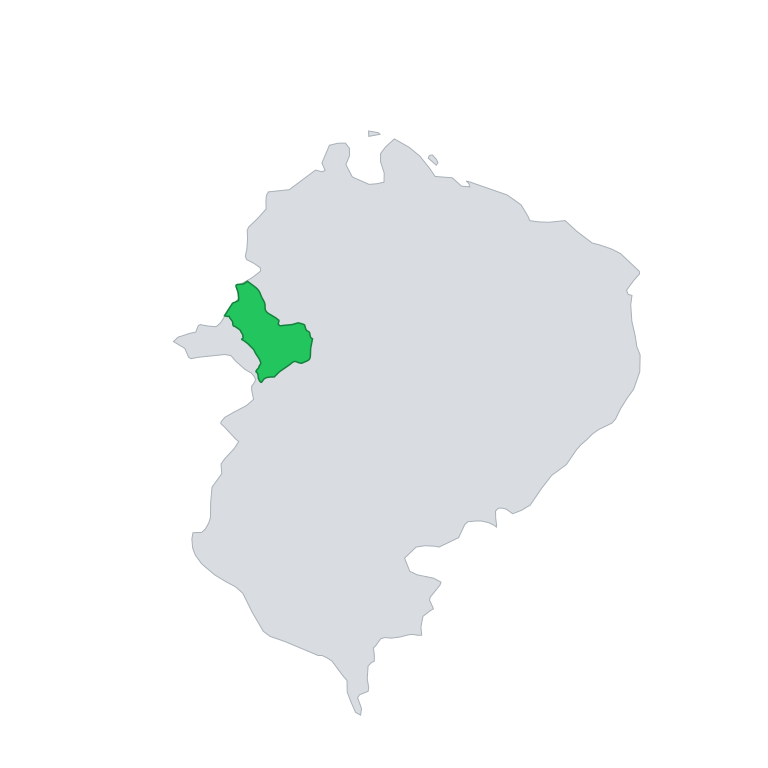 Prey Vêng highlighted on a map of Cambodia, rotated 135°
{"feature_id": "KHM-1790", "entity_name": "Prey Vêng", "entity_type": "Province", "adm_level": 1, "iso_a3": "KHM", "parent_name": "Cambodia", "parent_adm1": "", "projection": "orthographic", "projection_center": [105.494, 11.354], "detail": "fine", "context": "in_parent", "style": "filled", "palette": "green", "viewbox_px": 768, "rotation_deg": 135, "n_neighbors": 0, "source": "natural_earth", "source_scale": "10m", "svg_char_len": 4687}
<svg xmlns="http://www.w3.org/2000/svg" viewBox="0 0 768 768"><g transform="rotate(135 384 384)"><path d="M634.7,166.4L636.3,171.9L632.2,182.5L627.9,192.1L619.8,200.5L619.4,206.6L616.7,225.0L617.9,230.8L619.8,235.8L622.5,238.5L629.8,256.4L636.5,272.7L643.0,286.0L644.2,294.5L638.5,316.1L631.8,335.9L632.4,345.7L635.5,355.6L638.7,368.7L640.1,385.5L638.4,396.4L635.3,403.3L629.4,410.3L624.2,413.9L617.9,408.0L612.9,407.8L606.3,409.6L601.0,412.4L590.4,422.7L578.5,432.7L562.1,435.3L555.8,442.7L548.9,443.8L535.9,444.2L527.4,446.0L527.8,449.7L527.2,467.3L527.4,471.4L526.0,472.5L520.2,473.0L510.2,470.3L496.6,466.0L487.0,465.4L482.1,473.0L479.2,476.0L475.5,476.5L471.7,477.8L470.4,481.3L470.1,485.5L472.0,492.8L472.7,504.4L472.2,512.4L475.7,517.4L496.4,534.2L502.6,538.4L503.3,540.9L499.7,550.0L502.9,562.9L496.4,562.7L485.6,557.2L480.4,553.8L474.2,556.5L472.0,556.0L467.7,549.7L462.2,543.2L456.5,542.8L444.4,545.4L432.1,547.1L427.5,547.1L425.5,548.3L418.4,557.9L415.4,556.2L403.0,552.6L391.6,551.1L389.3,553.6L390.7,561.5L393.2,569.1L391.7,572.4L385.5,576.4L377.2,583.7L372.2,589.3L368.7,590.7L356.1,590.4L343.6,591.1L338.6,596.4L333.9,600.5L329.9,601.6L313.6,588.4L281.2,583.7L277.7,577.8L274.6,576.7L271.6,584.2L253.8,591.4L246.4,586.9L240.9,581.6L241.8,575.1L247.0,569.8L255.8,566.1L260.0,552.8L253.4,535.7L247.5,530.7L241.3,526.7L234.7,533.0L229.2,543.8L223.4,549.4L215.3,550.5L203.4,550.0L198.9,533.8L197.5,519.8L199.3,504.0L201.1,494.6L189.9,481.5L189.3,469.2L183.9,462.7L182.2,465.9L182.4,469.5L180.8,466.9L163.2,430.5L160.4,413.7L163.6,400.8L165.4,396.4L160.3,389.6L153.1,381.8L140.4,371.5L139.7,355.5L137.1,336.5L133.3,330.1L127.6,318.4L124.5,308.7L123.8,283.2L125.4,281.2L134.5,280.6L146.2,278.8L148.0,274.7L146.0,271.3L153.5,265.6L164.4,253.1L172.7,239.9L178.8,231.7L182.4,223.4L194.5,211.8L211.1,203.8L222.3,202.0L234.0,199.3L245.2,195.5L250.5,195.2L264.3,200.0L271.8,201.3L279.7,201.2L287.8,201.8L295.0,201.3L312.0,198.1L330.0,200.8L346.1,198.8L366.1,195.0L375.9,197.4L384.8,201.3L386.0,209.0L388.1,212.6L391.0,215.3L395.0,215.3L400.1,209.9L404.4,204.3L405.7,203.3L406.0,206.1L408.1,212.1L411.9,218.1L415.7,222.0L422.1,227.3L426.3,227.5L439.9,222.6L460.4,229.8L462.8,233.4L469.4,240.7L476.6,246.0L492.6,246.3L498.2,233.3L495.4,225.5L486.3,211.7L483.8,203.6L486.7,202.2L502.1,200.6L504.6,199.0L508.0,190.1L512.2,191.1L520.7,192.2L529.7,186.1L535.0,179.7L537.9,182.6L541.1,187.1L544.6,189.7L551.2,193.5L558.3,198.9L562.8,204.2L566.4,206.2L575.5,204.7L578.0,204.9L583.2,198.4L586.9,194.9L590.1,195.9L594.7,195.8L604.2,187.5L609.6,180.0L612.6,177.9L621.1,181.6L624.5,180.8L629.4,170.4L634.7,166.4ZM193.0,512.3L191.2,513.3L189.6,513.2L187.9,511.7L188.1,505.9L189.4,502.3L192.3,501.7L193.0,512.3ZM219.7,569.9L216.0,573.8L210.3,565.7L210.3,563.4L219.7,569.9Z" fill="#d9dde1" stroke="#a8b0b8" stroke-width="1"/><path d="M468.7,477.2L468.4,477.4L467.1,478.9L466.0,480.7L465.7,482.7L465.9,483.1L465.3,483.6L465.0,483.7L464.6,483.9L464.3,483.9L463.5,484.0L461.7,484.0L461.3,484.1L461.0,484.2L459.9,484.9L457.3,485.4L456.7,485.7L456.3,486.1L455.8,486.7L454.5,490.0L453.2,496.3L452.5,498.5L452.0,499.8L451.9,500.3L451.8,500.9L451.8,509.0L452.5,514.1L452.8,514.8L452.8,515.2L453.1,515.8L452.9,516.3L451.4,516.1L450.7,516.5L450.5,516.8L450.1,517.6L449.3,518.3L449.1,518.5L449.0,518.8L448.4,521.4L448.2,522.3L447.7,523.2L447.7,524.1L447.8,525.4L448.6,529.7L448.9,530.5L449.1,530.7L449.3,531.0L449.4,531.3L449.4,531.8L449.0,532.5L448.8,533.0L448.6,533.3L447.5,534.5L447.3,534.8L447.0,535.5L446.8,536.2L446.4,539.5L446.1,540.2L445.7,541.0L445.7,541.3L446.0,541.6L446.8,542.3L447.7,543.4L448.5,545.1L439.2,547.1L434.2,548.2L433.4,548.1L431.2,547.0L428.4,546.2L427.9,545.9L426.7,546.8L422.6,551.5L419.7,557.6L418.7,558.5L417.2,558.0L413.8,555.0L412.3,554.0L407.9,553.2L406.4,542.8L406.4,539.9L406.9,537.1L409.2,531.6L410.7,526.5L411.9,524.4L415.2,520.9L416.0,518.6L415.9,515.8L413.8,507.6L413.3,503.3L414.2,502.5L416.4,501.3L416.5,499.0L415.6,497.9L414.2,497.0L407.0,491.0L402.0,488.3L401.3,487.7L400.8,487.0L398.9,483.5L398.6,482.8L398.4,481.9L400.5,478.1L400.9,476.5L400.8,476.1L400.5,475.4L400.3,474.5L400.2,473.6L400.3,473.1L400.4,472.7L400.5,472.6L402.3,470.0L402.7,469.3L402.9,468.7L402.9,467.8L402.8,467.5L402.6,466.5L410.5,461.2L414.3,457.7L415.2,456.8L417.0,455.3L418.0,454.7L418.8,454.4L419.9,454.2L421.8,454.6L427.6,456.9L429.2,459.1L430.3,461.9L430.6,462.4L431.1,463.0L431.4,463.2L431.7,463.4L432.9,463.9L433.6,464.0L437.2,464.4L449.4,466.6L456.6,466.6L459.4,469.3L461.8,471.1L462.6,471.6L463.4,471.9L464.2,472.1L465.3,472.4L465.6,472.4L469.2,471.8L469.7,472.0L469.9,472.7L469.8,474.3L468.8,476.7L468.7,477.2L468.7,477.2Z" fill="#22c55e" stroke="#15803d" stroke-width="1.5"/></g></svg>